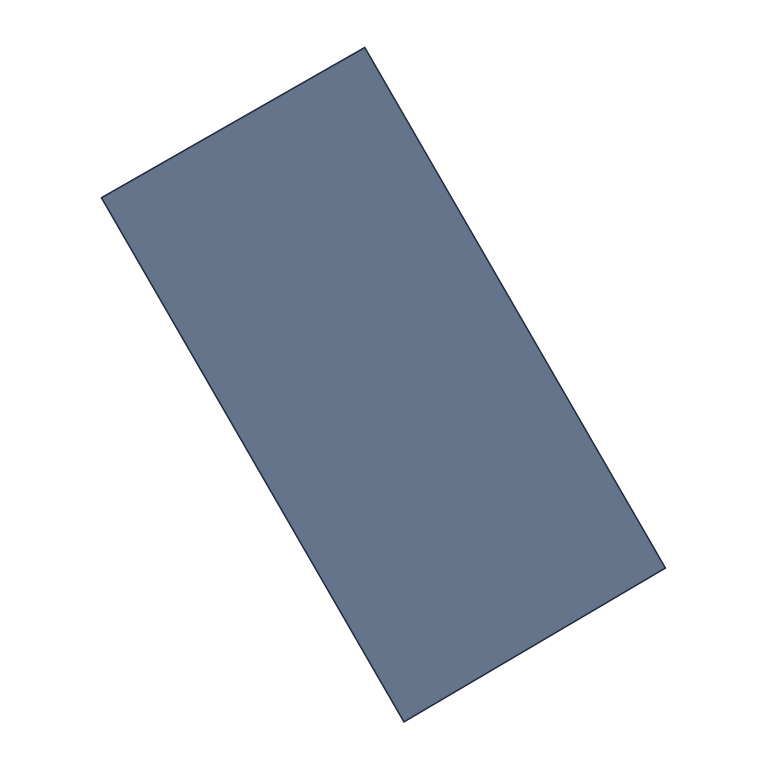 the district of Foster, North Dakota, United States of America, rotated 60°
{"feature_id": "52423323B95198922462079", "entity_name": "Foster", "entity_type": "district", "adm_level": 2, "iso_a3": "USA", "parent_name": "United States of America", "parent_adm1": "North Dakota", "projection": "orthographic", "projection_center": [-98.96, 47.457], "detail": "fine", "context": "isolated", "style": "filled", "palette": "slate", "viewbox_px": 768, "rotation_deg": 60, "n_neighbors": 0, "source": "geoboundaries", "source_scale": "gbopen_adm2", "svg_char_len": 227}
<svg xmlns="http://www.w3.org/2000/svg" viewBox="0 0 768 768"><g transform="rotate(60 384 384)"><path d="M81.4,535.6L686.6,535.7L684.1,232.3L82.9,232.4L81.4,535.6Z" fill="#64748b" stroke="#1e293b" stroke-width="1.5"/></g></svg>